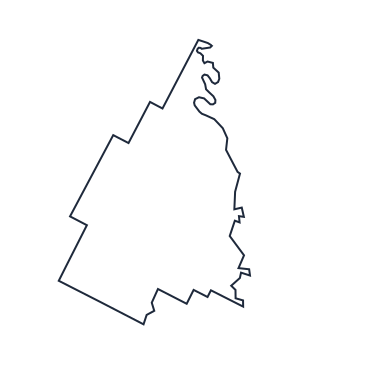 the district of Gibson, Indiana, United States of America, rotated 117°
{"feature_id": "52423323B43941420318175", "entity_name": "Gibson", "entity_type": "district", "adm_level": 2, "iso_a3": "USA", "parent_name": "United States of America", "parent_adm1": "Indiana", "projection": "mercator", "projection_center": [-87.738, 38.349], "detail": "fine", "context": "isolated", "style": "outline", "palette": "slate", "viewbox_px": 384, "rotation_deg": 117, "n_neighbors": 0, "source": "geoboundaries", "source_scale": "gbopen_adm2", "svg_char_len": 1232}
<svg xmlns="http://www.w3.org/2000/svg" viewBox="0 0 384 384"><g transform="rotate(117 192 192)"><path d="M270.9,94.4L265.4,97.3L266.9,104.9L259.5,108.8L257.7,114.5L246.9,110.3L241.6,111.7L240.1,102.4L234.9,106.0L238.7,116.0L224.8,116.9L214.1,138.4L198.1,140.8L197.5,135.8L192.2,139.2L190.6,134.5L183.3,140.6L188.2,146.4L172.2,153.7L153.8,157.6L153.4,160.5L147.4,169.0L139.0,180.8L128.1,184.9L121.2,193.5L117.0,205.2L117.4,214.5L117.8,218.7L117.0,221.9L113.6,228.9L111.5,230.7L107.9,231.4L104.4,228.8L103.1,223.7L105.5,215.5L104.4,213.1L102.0,211.8L99.4,212.9L97.0,216.4L95.4,222.0L94.1,226.1L90.0,229.2L85.5,235.0L83.7,235.2L81.7,234.2L81.0,231.1L82.6,227.7L85.0,224.0L85.2,220.6L82.2,218.7L78.7,219.1L73.5,222.4L71.5,229.5L67.5,232.0L68.7,237.4L71.6,239.4L69.9,242.0L65.7,244.0L64.6,247.5L64.9,250.1L64.0,251.7L61.9,252.0L60.4,251.5L59.7,249.7L60.0,248.4L55.0,241.4L52.8,240.7L52.7,241.3L52.4,241.9L52.1,245.5L52.7,249.7L53.6,255.4L131.0,256.2L130.8,270.3L177.2,270.8L177.1,288.0L269.1,289.6L269.3,270.6L315.7,270.5L331.6,270.4L331.6,246.9L331.6,223.8L331.9,175.1L322.1,176.6L315.0,171.7L308.9,177.6L293.9,178.3L294.0,146.0L278.5,146.1L278.5,130.5L271.0,130.5L270.9,94.4Z" fill="none" stroke="#1e293b" stroke-width="2"/></g></svg>